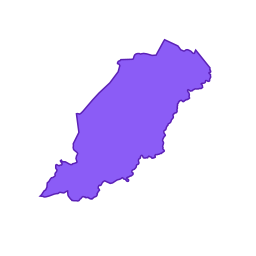 Xochiapulco, Puebla, Mexico (Mercator projection), rotated 206°
{"feature_id": "50627088B83571733703728", "entity_name": "Xochiapulco", "entity_type": "district", "adm_level": 2, "iso_a3": "MEX", "parent_name": "Mexico", "parent_adm1": "Puebla", "projection": "mercator", "projection_center": [-97.658, 19.853], "detail": "fine", "context": "isolated", "style": "filled", "palette": "violet", "viewbox_px": 256, "rotation_deg": 206, "n_neighbors": 0, "source": "geoboundaries", "source_scale": "gbopen_adm2", "svg_char_len": 5613}
<svg xmlns="http://www.w3.org/2000/svg" viewBox="0 0 256 256"><g transform="rotate(206 128 128)"><path d="M78.7,197.1L79.6,198.5L80.1,199.1L80.4,199.3L81.1,199.4L81.6,199.6L81.6,199.9L81.2,200.6L80.9,200.8L79.9,201.2L78.9,202.1L78.6,202.9L79.0,204.6L78.6,204.9L78.0,205.1L76.5,205.0L75.8,205.4L75.4,206.0L75.5,206.6L76.0,207.6L76.0,210.1L76.7,210.9L77.2,212.1L77.7,212.3L79.0,212.6L79.4,213.0L79.3,213.6L78.4,214.2L78.3,214.4L78.5,215.2L78.7,215.3L78.9,215.6L79.2,215.6L79.8,216.4L80.1,216.3L80.7,218.0L101.3,227.7L101.3,226.1L101.0,224.7L101.2,224.1L102.1,223.7L103.7,224.0L104.4,224.4L105.6,224.6L108.1,224.6L109.2,224.3L110.1,223.7L110.8,222.3L111.5,221.6L114.9,221.4L119.0,223.6L133.8,223.4L134.0,221.4L134.7,205.8L138.2,203.8L143.4,202.9L146.6,201.9L148.2,200.8L149.1,200.0L150.7,199.8L151.9,199.2L153.2,198.2L154.0,196.6L154.0,195.0L153.7,193.5L153.7,192.9L153.8,191.9L164.4,186.3L164.7,185.0L165.4,184.4L166.0,183.5L166.0,182.2L165.9,181.7L165.6,181.3L165.2,181.3L164.0,181.4L162.7,180.5L162.5,179.8L162.5,179.4L161.5,174.2L164.1,160.6L169.4,146.7L172.2,137.4L175.9,123.0L176.8,120.5L177.6,119.3L178.6,119.1L180.0,118.7L180.6,118.2L170.2,102.5L170.3,89.8L169.5,88.5L169.1,87.6L168.8,86.5L167.7,85.1L166.7,84.5L163.1,83.7L162.1,83.1L161.9,82.0L162.0,80.3L161.4,77.8L159.0,75.2L159.0,74.5L160.8,72.6L162.0,71.7L162.4,70.6L163.4,70.0L165.1,69.9L168.2,70.1L169.6,70.1L170.3,69.8L170.9,69.4L171.8,69.3L172.1,69.0L173.1,69.3L173.8,69.9L174.4,69.1L174.1,68.5L172.1,67.4L171.6,66.9L171.4,66.1L171.7,65.4L172.4,65.2L172.8,64.8L173.3,64.0L174.0,63.8L175.3,63.8L176.0,63.9L176.5,63.5L176.6,63.0L176.5,62.6L175.4,60.3L174.8,59.8L174.1,59.6L173.5,59.2L173.2,58.3L173.2,57.6L173.2,57.0L173.6,55.6L173.5,55.1L173.4,54.4L172.7,53.6L172.6,52.9L173.5,51.0L174.4,50.1L174.9,49.8L175.3,48.7L175.7,45.2L176.5,43.2L174.9,39.2L174.9,36.2L175.8,34.9L176.3,31.7L176.3,30.9L176.5,29.9L177.1,28.3L174.0,29.4L173.5,29.2L172.6,29.5L171.4,30.3L169.0,32.4L165.3,36.3L163.6,37.6L162.3,38.3L161.8,39.1L161.3,40.1L160.9,40.4L157.7,41.3L156.9,41.8L155.6,44.0L154.7,44.9L152.5,41.3L151.5,40.5L148.4,39.0L147.1,38.7L146.7,38.3L144.8,38.9L142.3,40.1L141.6,40.2L140.9,40.6L140.2,41.4L139.9,43.2L139.4,43.9L138.9,46.0L138.4,46.7L137.3,46.8L136.7,47.2L135.8,47.1L135.8,46.8L135.6,46.8L134.8,47.2L133.7,48.0L133.1,47.9L133.0,48.1L132.8,48.1L131.8,47.8L131.1,47.8L130.8,47.8L130.5,47.9L130.1,48.1L130.0,48.3L129.9,48.3L129.6,48.5L129.3,48.4L129.2,48.7L129.0,48.8L128.7,49.5L128.7,49.8L128.3,50.5L128.1,51.0L126.8,52.4L126.4,53.3L126.4,54.1L126.7,55.4L127.0,55.5L127.0,55.8L126.7,58.6L126.3,59.4L126.6,59.9L127.0,60.3L128.4,60.8L128.8,61.7L129.0,62.5L128.9,62.9L128.9,63.6L128.6,64.0L128.3,63.9L127.6,64.3L127.3,64.8L127.1,65.2L127.2,66.6L127.0,68.0L126.8,68.7L126.4,69.2L126.1,70.0L125.9,70.2L125.4,70.3L124.3,70.3L124.0,70.4L123.6,70.3L121.7,70.4L120.3,70.4L120.2,70.5L119.7,70.4L119.5,70.6L118.9,71.0L117.8,71.9L115.3,76.1L114.3,77.3L113.8,77.5L112.4,78.9L111.4,80.8L110.8,80.9L109.8,80.4L109.2,80.3L108.1,80.7L107.3,80.4L106.3,79.9L106.0,79.9L105.7,79.7L105.0,79.8L104.4,80.3L104.4,81.1L104.7,81.6L105.5,82.0L106.7,82.0L107.1,82.3L107.2,82.7L107.2,82.9L106.9,83.4L106.3,83.8L106.2,84.2L106.0,84.3L105.7,84.5L105.4,85.3L105.0,85.5L104.8,85.9L104.6,86.0L104.4,86.4L104.1,86.4L103.7,87.1L103.5,87.8L103.3,88.0L103.2,88.7L103.6,89.2L103.6,89.7L104.6,89.8L105.1,90.0L105.4,90.4L105.6,91.0L105.7,91.8L105.0,92.9L104.2,93.7L104.1,94.3L103.8,94.8L103.5,96.5L103.9,97.7L104.0,98.1L104.0,98.6L103.7,99.1L102.9,100.0L102.8,100.3L102.8,101.1L102.9,101.5L104.3,103.1L104.6,104.2L104.7,104.5L104.5,105.1L103.8,106.2L103.9,106.9L104.1,107.0L104.1,107.4L104.3,107.9L104.0,109.1L103.6,109.5L103.0,109.4L102.5,109.1L101.3,108.1L100.7,108.0L100.1,108.2L98.8,108.9L98.2,109.6L97.3,109.8L97.3,110.8L96.9,111.8L95.1,111.8L94.5,112.0L94.2,111.9L93.6,111.5L93.1,111.4L92.3,111.9L92.2,112.3L91.8,112.4L91.5,112.7L91.3,113.0L91.2,113.0L90.7,113.7L90.9,114.1L91.6,114.8L91.7,115.1L91.6,115.9L91.3,116.1L91.2,116.4L90.9,116.4L90.5,116.7L90.0,116.9L89.4,117.6L88.8,117.9L87.4,119.6L86.8,119.8L86.7,120.3L86.6,120.5L86.5,120.8L86.0,121.5L85.9,121.9L85.3,122.9L85.4,123.4L85.6,123.5L85.8,123.8L87.6,124.6L87.9,125.3L88.0,125.9L88.7,126.5L88.9,126.8L89.3,129.6L89.6,130.3L90.0,130.8L91.2,131.6L91.6,132.3L91.8,133.8L91.7,135.7L91.5,136.8L91.2,137.4L91.3,137.9L91.5,138.1L92.6,138.8L93.2,139.1L93.5,139.4L94.2,140.3L94.4,141.0L94.2,141.7L93.5,142.7L93.6,143.0L93.4,143.2L93.4,144.0L93.7,144.8L93.8,146.2L93.6,147.4L93.3,148.1L93.6,148.8L93.6,149.2L93.5,149.6L92.9,150.3L92.3,151.5L92.2,152.5L92.5,154.3L92.3,154.8L92.2,155.7L91.8,157.1L92.1,157.5L92.2,158.0L92.4,158.3L93.1,159.0L93.1,159.3L93.3,159.7L93.3,160.1L93.0,160.9L92.9,160.9L92.9,161.1L92.7,161.5L92.5,161.9L92.1,162.4L91.6,162.5L91.6,162.9L91.3,163.2L91.1,163.8L91.1,164.1L91.3,164.8L91.7,165.2L91.8,165.6L92.2,166.3L92.2,167.2L92.7,168.2L93.0,168.3L93.3,169.9L93.5,170.0L93.5,170.5L93.8,170.7L94.1,171.5L93.7,172.4L93.7,173.3L93.9,173.5L93.7,173.9L93.7,174.1L93.6,174.3L93.6,174.7L93.5,174.8L93.2,175.4L92.3,176.2L90.8,176.0L90.4,175.8L89.7,176.0L89.3,176.6L89.4,177.2L88.6,178.0L88.3,178.8L88.1,178.8L88.0,179.1L87.1,179.6L87.1,179.9L86.3,180.6L86.2,181.0L86.0,181.4L85.8,181.9L87.0,183.2L87.2,184.0L87.3,184.5L87.5,184.9L88.7,186.3L89.9,186.8L90.7,187.5L91.0,188.1L91.0,188.4L90.9,188.7L90.5,188.9L90.1,188.9L88.8,188.6L88.2,188.5L87.9,188.9L87.5,189.0L87.0,189.3L86.5,189.8L86.6,190.0L85.9,191.2L85.5,191.6L85.5,191.8L84.8,192.5L84.7,192.7L84.1,192.9L82.9,193.4L82.7,193.6L81.8,194.0L81.6,194.3L81.4,194.6L81.2,194.7L80.5,195.2L79.7,195.4L78.7,197.1Z" fill="#8b5cf6" stroke="#5b21b6" stroke-width="1.5"/></g></svg>